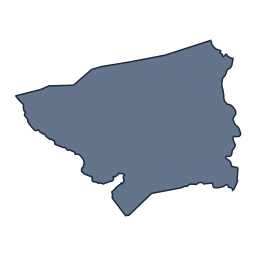 Oropoli, El Paraíso, Honduras
{"feature_id": "27666195B15040698792339", "entity_name": "Oropoli", "entity_type": "district", "adm_level": 2, "iso_a3": "HND", "parent_name": "Honduras", "parent_adm1": "El Paraíso", "projection": "mercator", "projection_center": [-86.83, 13.815], "detail": "fine", "context": "isolated", "style": "filled", "palette": "slate", "viewbox_px": 256, "rotation_deg": 0, "n_neighbors": 0, "source": "geoboundaries", "source_scale": "gbopen_adm2", "svg_char_len": 5775}
<svg xmlns="http://www.w3.org/2000/svg" viewBox="0 0 256 256"><path d="M129.5,62.0L101.4,66.6L91.6,69.5L73.5,85.2L49.0,85.9L40.7,89.5L15.4,95.9L15.8,96.0L17.0,97.7L18.6,99.6L20.9,102.1L22.8,103.9L23.3,104.5L23.4,104.8L23.5,105.1L23.3,106.8L23.4,107.5L23.5,108.6L23.7,109.7L23.9,110.4L24.8,111.7L25.1,112.2L25.2,112.6L25.2,112.9L25.1,113.2L24.7,113.8L24.6,114.2L24.5,114.8L24.5,115.2L24.8,115.8L25.3,116.5L26.3,117.5L27.0,118.3L27.3,119.0L27.6,119.7L27.7,120.4L27.7,121.1L28.2,122.2L28.8,123.2L31.7,127.2L32.1,127.6L32.5,127.8L33.7,129.4L34.2,129.8L34.6,130.1L35.0,130.3L35.7,130.5L36.5,130.5L37.0,130.4L37.6,130.1L38.1,129.9L38.4,129.9L38.6,130.0L39.1,130.5L39.6,131.5L39.9,131.9L40.2,132.2L40.4,132.4L41.7,132.7L42.6,133.7L42.9,133.9L44.0,134.0L44.4,134.2L44.7,134.4L45.1,134.7L45.3,135.0L46.1,136.6L46.6,136.9L47.1,137.2L47.5,137.5L48.0,137.7L48.2,137.9L48.3,138.2L48.9,138.7L49.7,139.2L50.3,139.4L51.0,139.5L51.3,139.2L51.7,139.3L52.7,140.0L53.9,140.9L54.4,141.1L54.6,141.3L54.7,141.6L54.7,142.9L54.8,143.8L55.0,144.2L55.4,144.5L55.8,144.7L56.5,145.0L57.8,145.3L58.6,145.8L59.9,146.2L62.3,147.3L63.0,147.5L64.2,147.4L65.0,147.5L65.4,147.8L66.4,148.8L67.5,150.2L68.8,150.1L70.2,150.1L70.4,150.2L71.0,150.6L71.9,151.0L73.2,151.3L73.9,151.7L74.4,152.2L74.6,152.6L74.9,153.3L75.0,153.9L75.2,154.1L75.5,154.2L75.8,154.3L77.7,154.2L78.4,154.3L79.1,154.7L80.2,155.5L80.8,156.1L81.9,157.8L82.4,158.3L83.2,159.6L83.8,160.6L84.0,161.1L84.0,161.6L84.1,163.5L83.8,164.2L83.5,165.0L83.4,166.8L83.1,167.2L82.0,168.1L81.7,168.6L81.6,169.1L81.6,171.3L82.3,172.0L83.1,172.9L84.2,173.9L84.5,174.0L85.2,174.3L91.5,176.8L92.2,177.1L92.3,177.2L92.3,177.4L92.0,178.5L92.0,178.8L92.2,179.5L92.4,181.0L92.5,181.2L92.7,181.4L93.8,181.9L95.3,182.0L96.3,182.2L97.5,182.7L98.2,183.3L98.9,183.2L100.3,183.1L100.8,183.1L101.6,183.2L102.4,183.5L103.0,183.7L103.5,183.9L103.6,184.0L105.1,183.1L106.0,182.9L107.1,182.6L109.4,181.6L111.7,181.2L112.5,180.7L112.9,180.4L113.2,180.0L113.4,179.6L113.5,179.3L113.5,178.6L113.2,177.7L113.0,177.0L113.0,176.8L113.0,176.6L113.5,176.4L113.9,176.5L114.5,176.8L115.0,176.8L115.3,176.7L116.2,176.0L117.5,175.2L117.7,174.6L117.9,173.8L118.0,173.6L118.2,173.4L118.5,173.4L119.1,173.6L119.8,173.7L121.5,173.5L122.1,173.6L123.0,173.8L124.4,174.8L124.5,174.9L124.5,175.0L124.1,175.3L123.6,176.1L123.4,176.7L123.3,177.1L123.3,177.7L123.6,178.7L123.6,179.5L124.0,180.4L124.1,180.9L123.9,181.3L123.1,182.3L123.0,182.6L122.8,183.2L122.7,183.5L121.6,183.1L121.2,183.0L120.8,183.4L120.9,183.8L120.7,184.2L120.5,184.4L119.2,184.9L117.6,186.5L117.1,186.8L116.6,187.0L116.3,187.2L115.8,187.7L115.5,188.2L115.2,188.5L115.1,188.9L115.1,189.0L114.6,189.4L113.9,189.9L113.5,190.5L113.1,190.9L112.0,191.7L111.9,192.0L111.9,192.8L112.3,193.6L112.5,194.2L112.5,194.5L112.3,195.1L112.4,195.9L112.3,196.4L112.3,196.7L112.4,197.3L112.6,197.7L112.3,198.1L125.5,215.6L128.9,215.2L151.6,193.4L180.6,187.9L181.1,187.7L183.1,186.9L185.0,186.3L185.3,186.3L186.1,186.3L187.0,186.3L187.2,186.1L188.0,185.5L189.2,184.6L189.7,184.3L190.2,184.2L190.8,184.1L191.4,184.1L193.5,184.3L195.2,184.3L195.8,184.4L196.2,184.5L196.9,184.0L197.5,183.4L198.0,183.1L199.4,182.6L200.2,182.5L200.8,182.4L201.3,182.4L201.8,182.6L202.4,182.9L203.5,183.7L204.1,184.0L204.8,183.9L206.2,183.5L207.2,183.6L211.0,183.2L211.7,183.2L212.2,183.4L212.4,183.5L212.5,183.7L212.9,185.5L213.3,186.4L213.9,187.5L214.2,187.7L214.5,187.7L217.4,187.7L219.0,187.6L219.9,187.4L221.8,186.9L223.7,186.3L224.6,185.7L225.2,185.1L225.5,184.9L226.1,184.8L226.7,184.9L227.3,185.1L227.8,185.5L228.3,186.3L228.4,187.0L228.7,187.3L229.4,187.5L230.2,187.5L230.6,187.6L231.7,187.9L232.1,188.5L232.3,188.8L232.4,189.1L232.5,190.3L232.9,190.0L233.6,189.5L233.8,189.2L234.2,188.7L235.2,186.5L235.8,185.4L236.7,183.0L237.4,181.4L237.6,180.9L237.6,180.4L237.4,179.8L237.2,179.2L237.1,178.6L237.1,178.2L237.2,177.0L237.5,174.7L237.7,170.2L238.0,168.9L237.9,168.3L237.8,168.0L237.4,167.7L236.2,167.2L232.5,166.7L232.1,166.5L231.7,166.0L231.4,165.2L230.4,161.8L228.2,159.8L225.9,158.4L225.7,158.1L225.6,157.5L225.7,157.2L225.9,156.9L226.1,156.6L226.4,156.4L226.7,156.3L228.6,156.4L229.3,156.4L230.6,155.9L230.9,155.6L231.2,155.5L231.5,154.8L231.8,153.6L232.0,152.0L232.0,151.2L232.1,150.9L232.4,150.4L234.1,148.0L234.6,147.2L235.0,146.3L235.2,145.5L235.2,145.1L235.2,144.7L234.7,143.5L234.1,142.3L233.3,140.4L233.2,139.6L233.2,139.1L232.9,138.6L232.8,138.3L232.8,137.9L232.9,137.5L233.1,137.2L233.4,136.9L234.0,136.7L235.3,136.6L238.4,136.5L239.2,136.3L239.6,136.0L240.3,135.0L240.6,134.3L240.6,133.6L240.4,132.7L240.0,131.4L239.2,129.1L238.6,127.8L238.0,127.1L235.9,125.3L235.2,124.5L234.8,123.8L234.3,122.8L233.5,120.8L233.2,120.0L233.1,119.4L233.1,118.9L233.1,118.5L233.3,118.0L233.9,116.9L235.6,114.3L235.8,113.8L235.9,113.0L235.7,112.0L235.5,111.1L235.0,110.0L233.2,107.2L232.8,106.7L231.7,105.8L229.9,104.7L228.4,104.4L226.9,103.9L226.3,103.1L225.2,101.9L224.7,101.2L224.4,100.5L224.1,99.4L223.7,97.8L223.7,97.1L223.8,96.0L223.2,91.4L222.6,88.8L222.0,86.5L221.9,85.1L221.8,83.6L221.8,82.7L222.2,80.5L222.4,79.2L222.7,78.4L223.1,77.7L224.7,75.8L225.1,75.3L225.4,74.7L225.9,73.7L226.9,70.5L227.4,69.6L227.6,69.3L227.9,69.0L229.4,68.4L230.0,68.1L230.4,67.8L230.7,67.4L231.0,66.8L231.7,65.5L232.0,64.6L232.2,63.1L232.7,60.7L233.0,58.3L232.3,58.5L232.0,58.5L229.1,57.0L228.6,56.9L228.1,56.7L227.8,56.6L227.6,56.2L227.3,55.4L227.0,54.9L226.6,54.5L226.2,54.3L225.9,54.3L223.8,56.4L223.4,56.6L223.2,56.6L222.8,56.3L222.7,55.9L222.2,54.5L221.8,53.8L221.4,53.5L220.3,53.1L220.0,52.8L220.0,52.6L220.1,52.3L220.7,51.2L220.8,50.9L220.7,50.7L220.1,50.4L218.6,49.9L216.0,49.0L215.4,48.6L214.4,47.6L213.4,46.5L211.8,44.5L211.7,44.0L211.6,43.1L211.6,42.6L211.3,41.9L210.9,41.1L210.7,40.4L165.0,55.2L129.5,62.0Z" fill="#64748b" stroke="#1e293b" stroke-width="1.5"/></svg>